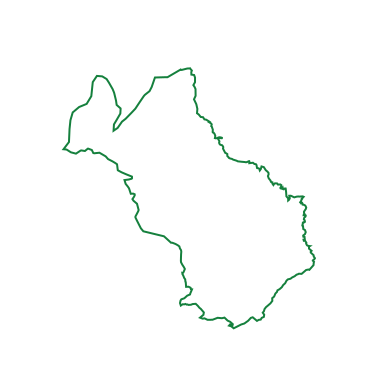 Agios Ioannis Pafou, Paphos, Cyprus, rotated 289°
{"feature_id": "46923920B69551909873956", "entity_name": "Agios Ioannis Pafou", "entity_type": "district", "adm_level": 2, "iso_a3": "CYP", "parent_name": "Cyprus", "parent_adm1": "Paphos", "projection": "robinson", "projection_center": [32.691, 34.877], "detail": "fine", "context": "isolated", "style": "outline", "palette": "green", "viewbox_px": 384, "rotation_deg": 289, "n_neighbors": 0, "source": "geoboundaries", "source_scale": "gbopen_adm2", "svg_char_len": 5265}
<svg xmlns="http://www.w3.org/2000/svg" viewBox="0 0 384 384"><g transform="rotate(289 192 192)"><path d="M181.3,124.3L178.1,126.6L176.2,129.6L174.9,131.3L170.4,134.7L171.3,136.9L171.2,138.5L170.3,138.9L168.5,138.7L165.9,138.0L164.7,139.5L163.0,143.8L157.6,147.4L156.3,147.4L152.9,146.9L150.4,146.5L149.5,146.8L147.2,149.1L141.0,155.5L139.0,158.8L140.2,171.6L141.0,179.9L139.9,182.5L137.2,188.7L137.5,189.3L137.6,190.1L137.5,193.0L137.4,193.8L137.0,196.0L136.4,197.8L134.8,198.9L133.4,200.6L132.1,201.3L129.4,202.0L126.8,202.8L123.3,203.9L122.0,204.5L120.2,206.4L118.4,208.7L116.9,210.3L115.2,210.2L112.9,210.0L112.3,209.5L112.3,209.2L111.1,209.8L110.4,210.7L108.1,212.7L107.2,214.0L105.0,215.0L104.8,215.4L100.4,217.3L101.3,219.5L101.0,221.8L99.8,222.6L100.0,223.7L95.7,223.4L94.5,223.5L92.4,221.2L89.5,219.6L88.9,219.2L87.1,216.9L85.7,216.5L83.1,216.8L81.0,218.4L82.8,219.7L83.3,221.4L84.0,222.2L83.8,223.7L84.2,224.3L84.1,225.5L85.1,227.8L86.2,229.0L87.5,231.9L86.3,234.5L84.9,236.8L84.4,238.3L82.0,242.4L79.6,242.8L75.8,240.5L75.7,243.3L76.6,245.0L76.2,248.3L77.9,253.0L81.4,257.2L82.4,261.4L83.8,263.6L82.0,267.5L81.7,270.3L80.3,273.6L79.2,273.7L79.6,272.6L79.0,270.9L77.9,270.7L77.7,270.6L77.8,272.8L77.2,274.5L76.7,275.8L79.8,278.8L82.8,281.7L84.7,284.3L88.5,287.0L92.1,288.6L93.3,290.2L91.3,295.4L91.9,295.9L92.9,296.8L93.7,298.5L95.7,298.9L97.3,300.6L99.5,300.2L100.9,298.2L102.7,298.8L105.0,298.7L107.3,299.5L109.1,300.6L112.2,302.4L115.2,303.4L117.7,302.4L119.9,303.7L123.1,303.9L125.3,304.9L126.8,304.8L128.6,306.4L131.2,307.9L133.7,308.5L136.1,309.8L138.9,310.2L140.6,311.1L142.1,313.4L143.8,314.5L145.8,316.5L147.1,317.3L147.9,317.8L148.6,318.8L149.5,319.6L150.3,322.3L155.4,325.3L156.6,327.3L156.6,328.3L162.4,330.7L164.9,330.1L165.7,330.1L166.4,328.6L167.3,328.8L168.2,329.5L169.3,329.8L169.8,329.4L170.3,328.5L170.8,328.0L171.8,327.6L173.4,324.0L174.1,323.7L175.3,324.2L176.4,321.4L176.5,321.1L178.1,320.5L178.7,320.6L179.2,321.0L179.0,320.1L178.9,318.6L179.2,317.9L180.4,316.7L181.2,316.7L182.8,314.7L182.3,313.6L183.2,313.0L183.7,314.2L186.2,313.0L186.0,311.8L187.1,311.3L188.9,312.5L191.1,312.6L192.8,311.2L193.2,309.3L195.4,308.3L195.3,308.2L196.5,307.1L197.3,307.2L199.2,306.8L199.9,307.5L199.7,307.8L200.6,308.5L202.0,307.7L202.5,306.7L202.8,306.6L204.1,306.5L205.0,306.7L205.4,307.2L206.5,307.3L206.9,307.1L207.1,306.4L206.5,305.1L207.3,305.0L207.8,305.6L209.0,304.6L209.8,304.3L211.5,304.7L212.8,305.1L214.4,305.1L215.6,304.1L216.2,303.1L216.3,301.7L216.1,300.7L216.6,300.4L217.1,300.2L217.7,299.5L217.8,298.9L216.9,298.6L217.5,297.6L218.5,298.0L219.4,298.1L220.1,298.0L221.1,298.3L221.3,298.0L223.8,299.1L223.9,298.1L222.5,294.7L222.4,294.0L221.7,292.5L220.2,290.4L220.6,287.3L220.6,286.5L220.1,285.2L217.9,286.5L216.3,286.3L215.3,285.7L217.3,285.0L218.6,282.7L222.8,280.9L225.8,279.4L225.6,278.7L225.3,278.5L225.1,278.1L224.4,277.8L224.4,276.6L225.1,276.6L225.8,276.2L224.6,275.6L224.3,275.2L224.3,274.5L224.7,274.2L225.8,274.5L227.5,274.3L227.9,273.1L227.5,272.1L227.0,270.9L227.8,269.7L227.2,267.6L226.4,267.0L225.1,266.7L226.2,265.2L227.3,264.9L227.3,263.3L228.4,262.5L229.9,260.1L231.8,258.6L233.6,258.7L235.0,258.1L235.9,256.6L236.6,254.7L238.9,251.8L238.8,249.4L236.1,249.6L234.4,249.1L234.9,248.7L235.7,248.4L236.1,247.3L235.8,245.8L237.0,245.0L238.4,244.3L239.1,243.4L238.9,242.4L238.8,241.9L239.5,240.1L237.9,236.8L239.6,236.3L239.8,236.0L239.6,235.7L238.0,234.0L237.6,233.0L237.5,232.1L236.8,229.3L235.9,225.3L236.1,224.1L236.1,223.3L236.0,220.3L236.3,219.0L236.1,217.1L236.3,215.7L236.6,215.5L237.5,213.7L239.4,213.0L239.8,211.4L239.8,210.7L243.1,207.2L244.1,207.1L245.0,206.7L245.6,205.9L246.0,205.3L245.9,203.5L246.0,203.1L246.3,202.6L246.6,202.2L247.4,201.6L248.9,201.4L250.6,199.5L251.1,199.3L251.6,199.5L251.9,200.1L252.2,201.2L252.4,202.3L252.6,202.7L253.0,202.6L253.0,201.9L252.9,201.0L252.6,199.8L252.0,199.3L251.7,198.7L251.0,198.3L250.8,197.4L250.5,197.0L250.4,196.1L252.6,195.8L254.3,194.4L255.2,193.0L255.1,192.3L255.4,192.0L257.7,191.4L260.4,189.3L260.5,188.8L261.1,188.7L262.4,188.6L263.0,187.8L263.6,185.3L264.1,185.7L264.4,184.6L265.0,181.9L264.7,180.1L266.3,178.1L265.8,175.8L267.5,173.1L268.1,171.1L272.4,170.0L273.0,169.6L276.4,167.5L280.3,163.7L284.1,164.1L290.5,161.8L292.2,160.2L293.5,158.5L296.8,159.1L301.2,157.6L303.3,155.9L303.0,154.3L302.8,153.2L305.1,152.3L306.8,152.3L307.8,150.5L308.3,150.0L307.2,147.3L304.3,142.9L303.8,141.9L304.1,141.4L292.6,131.5L292.2,130.5L292.2,130.3L288.2,119.7L278.1,119.7L273.5,119.0L268.5,115.8L267.0,115.2L261.1,113.6L260.4,113.4L252.3,111.3L247.0,108.9L239.6,105.4L235.7,102.9L232.1,101.9L228.3,100.8L225.9,99.0L224.4,97.9L230.5,96.2L233.8,96.9L235.2,97.2L242.8,98.7L247.5,97.4L247.8,97.2L249.8,92.4L253.7,90.4L260.4,86.1L261.0,85.6L263.4,83.5L268.4,77.8L271.0,74.5L272.1,69.5L270.8,64.3L263.6,62.4L249.8,65.6L241.0,63.7L235.6,57.6L228.4,53.3L220.3,53.7L211.7,55.7L199.2,59.4L190.6,56.6L191.3,59.6L190.1,64.6L190.5,69.8L194.9,73.2L195.1,73.6L195.3,73.9L195.9,77.4L199.1,79.4L199.2,79.6L199.1,83.6L196.7,86.0L196.8,87.0L199.0,91.7L197.6,98.7L197.3,99.3L195.8,101.9L195.1,106.8L194.4,110.1L193.8,112.1L188.7,114.6L188.4,114.8L187.7,119.0L187.3,124.2L187.0,130.2L185.5,130.8L184.9,130.6L183.2,128.1L181.3,124.3Z" fill="none" stroke="#15803d" stroke-width="2"/></g></svg>